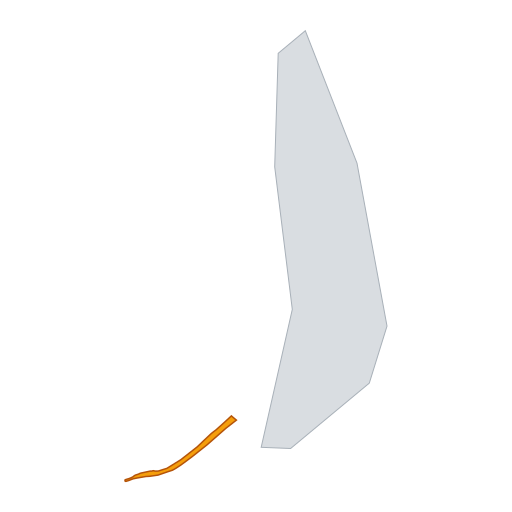 Tekavatoetoe, Tuvalu (highlighted)
{"feature_id": "33948139B21939917075159", "entity_name": "Tekavatoetoe", "entity_type": "district", "adm_level": 2, "iso_a3": "TUV", "parent_name": "Tuvalu", "parent_adm1": "", "projection": "mercator", "projection_center": [179.18, -8.535], "detail": "fine", "context": "in_parent", "style": "filled", "palette": "amber", "viewbox_px": 512, "rotation_deg": 0, "n_neighbors": 0, "source": "geoboundaries", "source_scale": "gbopen_adm2", "svg_char_len": 1020}
<svg xmlns="http://www.w3.org/2000/svg" viewBox="0 0 512 512"><path d="M369.3,383.1L290.6,448.5L261.2,447.3L292.3,309.4L274.7,166.8L278.2,53.3L305.3,30.7L357.0,163.2L387.0,326.1L369.3,383.1Z" fill="#d9dde1" stroke="#a8b0b8" stroke-width="1"/><path d="M231.4,415.9L223.8,422.9L216.0,429.9L213.6,431.7L211.3,433.5L204.2,440.2L197.3,446.8L194.5,449.0L180.7,459.8L169.9,466.5L166.8,468.4L162.5,469.7L158.8,470.9L157.6,471.1L155.1,471.1L154.3,470.9L153.6,470.7L152.7,470.8L151.8,471.1L150.1,471.1L142.7,472.7L140.8,473.1L139.4,473.6L138.8,474.0L136.6,474.7L135.4,475.1L134.3,475.7L133.0,476.8L130.5,478.0L128.9,478.6L126.9,479.2L125.6,479.6L125.2,479.8L125.0,480.0L125.0,480.4L125.0,480.8L125.1,481.0L125.3,481.3L126.2,481.3L128.8,480.5L131.6,479.4L133.2,478.8L137.2,478.0L145.9,476.5L149.6,476.3L158.0,475.1L167.6,471.8L171.3,470.6L172.5,470.2L175.7,468.4L180.9,465.0L191.7,457.0L198.0,452.0L207.2,444.7L219.5,433.9L226.0,428.2L236.4,420.1L232.4,416.8L231.4,415.9Z" fill="#f59e0b" stroke="#b45309" stroke-width="1.5"/></svg>